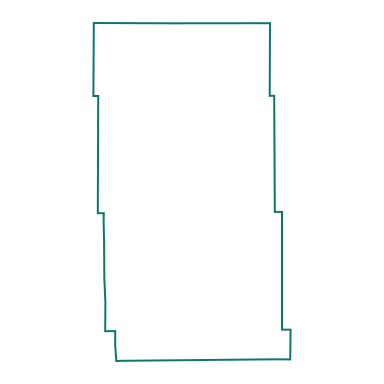 Sheridan, Nebraska, United States of America (Albers equal-area conic projection)
{"feature_id": "52423323B83294876539850", "entity_name": "Sheridan", "entity_type": "district", "adm_level": 2, "iso_a3": "USA", "parent_name": "United States of America", "parent_adm1": "Nebraska", "projection": "albers", "projection_center": [-102.456, 42.502], "detail": "fine", "context": "isolated", "style": "outline", "palette": "teal", "viewbox_px": 384, "rotation_deg": 0, "n_neighbors": 0, "source": "geoboundaries", "source_scale": "gbopen_adm2", "svg_char_len": 427}
<svg xmlns="http://www.w3.org/2000/svg" viewBox="0 0 384 384"><path d="M275.5,359.3L290.2,359.4L290.6,329.7L282.0,329.6L282.0,211.9L274.8,211.9L274.2,95.8L269.7,95.8L270.0,23.2L181.1,23.3L169.5,23.3L93.8,23.0L93.4,96.0L98.2,96.0L97.8,213.2L103.8,213.2L103.6,220.6L104.1,243.0L104.3,277.7L105.4,302.2L105.2,331.2L115.2,331.1L115.2,345.2L116.3,361.0L121.4,360.8L275.5,359.3Z" fill="none" stroke="#0f766e" stroke-width="2"/></svg>